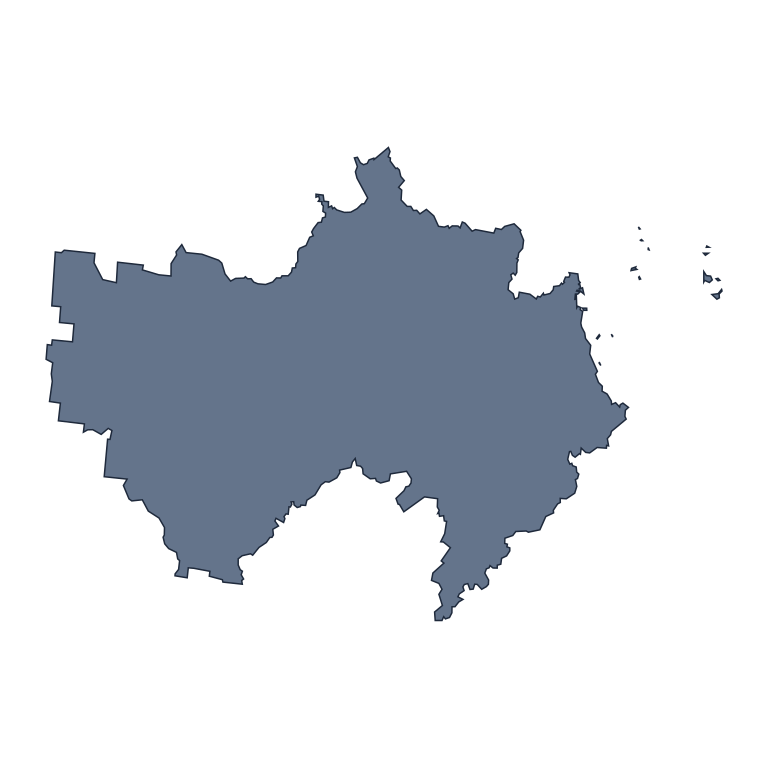 the district of Isaac, Queensland, Australia
{"feature_id": "25037944B43894874276355", "entity_name": "Isaac", "entity_type": "district", "adm_level": 2, "iso_a3": "AUS", "parent_name": "Australia", "parent_adm1": "Queensland", "projection": "robinson", "projection_center": [148.499, -22.243], "detail": "fine", "context": "isolated", "style": "filled", "palette": "slate", "viewbox_px": 768, "rotation_deg": 0, "n_neighbors": 0, "source": "geoboundaries", "source_scale": "gbopen_adm2", "svg_char_len": 6122}
<svg xmlns="http://www.w3.org/2000/svg" viewBox="0 0 768 768"><path d="M242.3,584.2L241.7,580.5L243.6,579.0L241.2,574.8L242.4,571.2L240.2,569.7L238.2,565.0L238.2,558.8L242.2,555.7L250.5,553.8L252.7,555.2L259.0,547.4L266.3,542.5L269.8,537.5L272.0,537.3L273.4,535.0L272.8,529.3L278.5,526.0L274.9,521.0L276.0,518.3L283.6,522.5L284.9,518.6L284.0,516.6L286.0,513.9L288.2,514.2L289.0,506.8L290.4,507.0L291.9,504.1L291.1,501.9L293.7,501.7L294.1,505.0L297.2,507.5L300.4,506.6L300.8,505.1L305.6,505.4L306.9,500.2L315.0,494.9L321.1,484.8L325.3,481.7L329.0,482.1L336.8,477.8L339.9,472.6L339.6,470.1L350.9,467.5L352.4,462.0L355.2,458.5L356.7,465.5L360.6,466.2L362.6,468.5L363.1,473.8L370.2,478.8L375.5,478.4L376.4,481.0L380.6,483.0L389.1,480.7L390.4,473.9L406.6,471.3L411.4,478.8L411.0,483.0L408.8,486.2L405.9,486.8L404.0,490.7L396.0,498.4L398.1,504.2L399.5,504.5L403.8,511.8L424.5,496.9L437.6,498.7L437.3,507.0L439.2,510.3L437.7,513.5L438.9,513.1L439.5,516.3L443.6,515.7L444.3,520.9L446.6,521.4L444.7,533.7L440.7,541.8L443.4,542.0L450.4,547.7L441.2,560.9L443.9,563.1L432.9,573.0L431.5,580.4L438.9,583.4L442.0,589.3L438.9,594.3L442.4,605.5L434.6,612.0L435.2,620.5L442.0,620.5L443.7,616.7L445.4,618.9L449.5,617.5L451.9,612.8L452.0,606.8L455.0,606.7L458.8,601.9L463.0,599.4L457.9,596.8L459.3,593.9L464.1,590.6L462.9,586.9L464.3,584.5L467.8,583.6L470.0,589.5L473.2,589.1L474.7,584.2L477.2,584.4L481.7,589.3L486.4,586.6L488.4,584.3L488.6,580.0L484.8,573.1L486.4,568.8L489.1,567.8L490.0,565.6L493.0,568.0L497.2,568.1L497.3,565.2L500.8,564.2L501.6,558.3L506.6,555.9L509.8,550.9L509.8,547.9L506.9,546.8L507.4,544.2L504.7,543.4L504.9,538.2L512.8,535.5L515.8,531.5L526.2,531.0L528.4,532.2L539.9,529.8L545.8,516.5L553.6,512.9L553.3,510.3L557.6,503.9L560.3,502.5L560.2,498.4L566.3,498.8L574.7,493.2L576.8,486.4L575.4,479.6L577.5,478.5L578.8,474.1L576.7,472.1L576.2,467.0L572.6,465.7L571.8,463.3L569.8,464.1L567.7,459.3L569.5,451.6L570.8,451.4L572.4,455.3L575.1,457.2L579.4,453.7L580.4,454.3L581.2,448.1L585.7,452.4L589.7,452.9L597.1,447.5L606.4,448.2L606.6,445.4L608.6,445.9L607.3,438.6L610.6,434.8L611.4,431.4L626.2,419.1L624.9,416.4L625.4,410.2L628.5,407.4L622.9,403.1L620.2,404.7L619.7,407.1L615.6,402.7L611.6,404.4L611.3,401.0L607.1,394.0L602.1,391.2L602.3,386.2L598.5,382.5L595.4,374.2L597.4,371.4L589.7,354.0L590.7,345.3L585.5,338.5L584.7,332.9L581.6,327.0L580.8,323.1L582.7,311.3L580.2,309.7L580.6,307.5L577.6,306.2L576.8,307.6L576.3,294.5L576.0,297.8L575.7,299.1L574.9,299.3L575.4,294.1L577.7,294.1L580.3,291.7L576.6,291.1L577.1,290.2L580.2,291.0L583.9,294.0L582.5,287.8L579.3,289.1L579.2,288.6L580.6,287.7L579.7,284.1L578.8,284.6L578.5,284.1L580.2,282.6L578.6,280.4L577.8,273.9L569.1,272.7L570.0,274.9L568.9,277.2L565.5,277.1L563.7,281.4L564.5,282.3L562.5,284.2L561.5,283.1L559.5,285.7L553.7,286.5L553.2,289.8L550.1,293.5L543.9,295.0L543.4,293.2L540.3,297.0L537.7,296.3L536.3,299.0L529.9,294.2L519.3,292.2L518.3,297.7L514.7,299.1L513.2,293.8L508.1,289.7L508.8,282.6L512.0,279.1L510.8,274.8L513.2,273.1L515.2,275.2L516.8,272.5L516.9,263.1L518.2,259.9L516.6,258.5L518.0,257.5L518.7,252.9L522.6,248.4L523.6,240.2L520.1,231.6L520.9,230.3L514.1,223.8L504.7,226.4L501.4,229.5L495.7,228.3L493.8,233.1L475.5,229.6L472.1,231.2L465.1,223.2L462.3,222.0L460.1,227.9L458.0,226.0L452.2,225.9L449.2,228.3L448.0,225.7L444.3,227.1L438.5,226.3L433.8,215.9L426.4,209.4L419.9,213.9L416.7,210.3L413.4,210.5L410.8,206.4L407.2,206.4L401.1,200.0L401.7,190.1L398.6,187.3L404.3,180.6L400.8,176.5L399.3,170.0L397.3,168.0L395.7,168.5L390.2,161.0L390.4,158.0L388.2,156.8L390.0,151.6L388.4,147.5L374.0,159.6L373.8,158.2L369.0,159.9L367.3,163.4L363.5,164.7L360.4,162.8L357.4,157.3L354.4,157.9L357.4,166.6L355.4,171.8L357.0,178.2L367.7,198.0L364.3,203.7L361.8,204.0L357.2,208.6L350.7,212.2L344.4,212.4L336.7,209.9L334.3,207.5L332.6,208.7L331.6,205.9L328.4,207.4L328.5,201.7L324.0,201.2L323.2,195.1L316.0,194.2L316.0,197.2L318.7,196.2L319.6,199.3L318.3,201.3L321.9,201.7L321.7,204.1L323.3,205.9L322.9,211.4L325.6,213.1L325.4,217.0L322.5,217.9L321.4,222.2L318.1,222.6L313.6,228.5L311.7,232.0L313.3,235.8L309.7,237.3L306.1,245.5L299.5,248.4L297.7,251.9L297.8,261.5L295.9,264.0L295.6,267.7L292.3,268.0L291.5,272.1L288.2,275.8L282.0,275.8L280.7,278.0L276.5,277.9L272.7,282.0L265.6,284.5L257.9,283.8L253.7,282.1L251.1,278.7L247.6,278.8L245.4,276.7L243.9,278.1L235.6,278.4L230.6,281.1L225.0,273.9L221.8,263.1L218.6,260.2L201.9,254.2L186.1,252.6L181.8,244.6L176.0,251.9L176.6,255.0L171.1,263.6L171.0,276.0L158.8,274.8L142.4,269.9L143.3,265.1L117.6,262.2L116.4,282.7L102.7,279.6L94.0,262.8L94.9,253.4L64.2,250.2L61.4,252.7L55.3,252.0L51.8,305.9L60.7,306.7L59.5,322.5L74.0,323.9L72.5,341.8L52.3,339.9L51.6,345.2L47.3,344.6L46.1,359.3L52.7,362.7L51.3,373.9L52.3,381.3L49.5,401.5L60.4,403.1L58.4,420.8L84.4,423.9L83.4,432.2L87.7,429.8L92.8,429.7L101.2,434.4L108.2,428.4L111.9,430.5L110.0,439.4L107.6,439.2L104.2,476.7L127.1,479.1L123.4,485.5L129.0,498.9L131.8,500.9L142.3,499.8L148.3,511.1L159.0,518.0L164.5,527.5L164.3,535.1L163.1,537.2L164.7,543.8L168.7,548.6L176.5,552.4L177.7,558.9L179.6,560.6L178.6,569.4L175.1,573.9L175.0,575.8L187.2,577.8L188.3,567.8L193.9,568.3L209.9,571.3L209.3,576.2L222.4,579.7L222.9,582.1L242.3,584.2ZM703.8,282.0L704.7,280.4L709.4,282.5L712.3,279.9L710.6,276.1L706.4,275.6L703.8,271.6L703.8,282.0ZM719.1,294.0L721.8,291.3L721.3,290.8L721.9,290.4L721.6,289.4L718.1,293.7L711.9,294.5L716.9,299.2L719.4,297.8L719.1,294.0ZM635.8,266.9L631.6,268.4L631.0,270.6L636.9,269.4L635.3,268.2L635.8,266.9ZM583.9,310.3L586.8,310.3L586.7,308.2L582.3,308.1L583.9,310.3ZM718.0,280.8L719.9,280.3L718.0,278.3L716.0,278.8L718.0,280.8ZM703.5,253.2L705.4,255.3L708.4,253.2L703.5,253.2ZM596.5,338.3L597.4,339.0L599.9,335.8L599.2,334.7L596.5,338.3ZM706.3,247.3L709.0,247.2L706.8,246.0L706.3,247.3ZM639.4,279.4L640.6,279.0L639.3,276.6L638.7,277.2L639.4,279.4ZM611.3,334.2L612.6,337.1L612.7,335.9L611.3,334.2ZM599.2,362.0L599.2,363.3L600.8,365.5L599.2,362.0ZM638.4,226.9L639.3,229.1L640.1,228.9L638.4,226.9ZM640.4,240.2L641.2,240.8L642.7,240.7L641.5,239.5L640.4,240.2ZM648.2,249.6L649.1,249.9L648.2,247.5L648.2,249.6Z" fill="#64748b" stroke="#1e293b" stroke-width="1.5"/></svg>